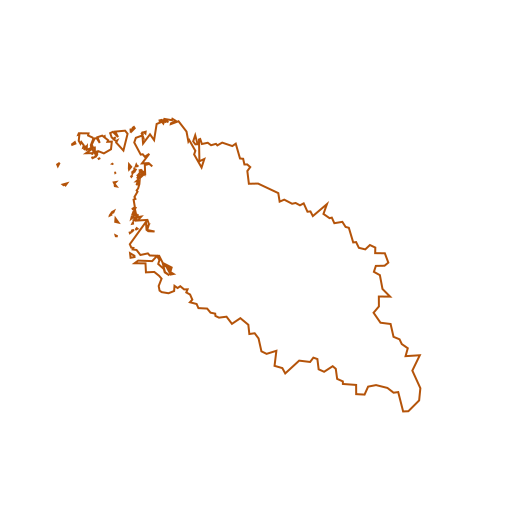 SVG path tracing the border of Krasnoyarsk, rotated 304°
{"feature_id": "RUS-2603", "entity_name": "Krasnoyarsk", "entity_type": "Territory", "adm_level": 1, "iso_a3": "RUS", "parent_name": "Russia", "parent_adm1": "", "projection": "orthographic", "projection_center": [95.961, 66.535], "detail": "fine", "context": "isolated", "style": "outline", "palette": "amber", "viewbox_px": 512, "rotation_deg": 304, "n_neighbors": 0, "source": "natural_earth", "source_scale": "10m", "svg_char_len": 6072}
<svg xmlns="http://www.w3.org/2000/svg" viewBox="0 0 512 512"><g transform="rotate(304 256 256)"><path d="M182.1,159.4L186.3,160.9L193.7,172.8L200.6,173.9L198.7,178.2L194.7,179.4L193.7,186.8L191.4,189.5L191.5,195.0L191.8,189.5L196.7,184.0L197.1,187.7L192.9,195.6L195.0,197.7L194.8,193.9L199.3,192.5L198.1,182.6L202.0,175.6L197.0,167.6L197.7,164.9L192.2,159.6L194.2,153.6L192.5,150.1L194.1,149.8L193.2,147.9L195.2,144.8L222.7,145.7L216.5,150.6L216.3,152.8L219.6,158.2L216.7,151.2L222.5,149.5L225.2,145.8L219.2,138.0L224.5,138.8L222.0,136.1L223.1,135.5L219.2,133.8L221.1,131.3L223.9,134.9L223.4,133.4L226.3,130.3L225.6,129.6L228.0,129.3L225.4,126.9L228.7,128.3L234.3,123.0L235.9,124.1L237.0,122.2L243.1,121.8L243.6,120.4L246.1,120.5L250.4,119.1L252.7,117.8L247.9,117.3L252.1,116.2L251.1,115.0L261.7,117.6L261.0,119.0L269.2,113.0L272.7,116.0L272.3,119.9L273.0,115.1L269.0,109.7L281.0,110.4L276.1,108.3L277.0,105.2L275.6,103.7L282.0,91.6L286.8,90.3L292.4,94.4L286.1,99.5L297.6,100.1L295.1,106.7L309.9,99.8L314.7,103.0L314.0,105.1L317.1,104.4L316.6,106.0L318.2,107.0L317.6,108.6L319.1,104.9L321.6,110.4L323.0,110.0L323.2,114.7L322.9,113.0L320.9,113.2L321.0,112.8L318.4,111.3L317.7,111.6L324.4,116.4L320.3,128.8L313.1,135.9L314.8,135.8L309.3,146.9L305.6,147.9L298.9,161.4L307.5,158.9L302.9,156.1L320.7,143.6L321.8,144.3L318.6,148.5L322.9,152.7L322.7,156.8L326.6,160.1L326.1,162.1L331.1,164.6L333.9,174.9L337.8,176.4L327.9,188.2L329.4,191.0L325.4,195.2L327.0,197.5L326.5,201.5L321.6,201.3L311.9,209.7L317.2,217.2L320.6,239.3L314.3,245.2L318.5,247.9L319.5,256.7L322.1,259.2L322.6,264.1L326.3,266.1L321.5,273.9L323.4,276.2L320.9,280.8L338.7,285.8L328.6,288.4L328.5,295.8L330.2,297.4L327.0,302.6L332.6,308.5L330.2,314.0L331.3,317.2L321.6,329.0L323.5,331.2L320.3,336.7L322.6,342.9L328.8,344.3L329.7,350.2L325.0,353.2L330.3,361.3L324.5,369.4L319.8,368.0L314.8,360.9L308.8,362.6L309.4,369.4L299.4,379.3L297.3,389.9L291.1,380.5L282.9,386.1L274.7,385.2L270.3,396.5L274.9,405.6L265.9,415.2L267.2,421.6L264.5,426.1L264.4,433.4L256.6,436.0L265.3,447.3L248.4,449.7L238.3,466.2L227.5,472.0L212.5,469.1L209.4,464.9L222.7,450.0L219.6,446.5L220.1,438.7L216.1,427.7L210.4,422.0L201.8,423.5L197.5,416.3L205.1,411.1L198.5,399.6L200.6,398.1L199.5,392.0L207.1,385.2L207.5,381.2L198.1,377.2L197.1,371.3L204.9,364.5L203.8,360.4L198.4,360.1L193.4,350.3L175.0,345.9L177.8,340.5L175.3,332.8L188.8,325.9L180.8,319.5L180.0,313.8L189.1,304.2L191.2,298.1L187.6,294.1L194.7,288.1L195.7,277.8L186.3,274.0L189.2,265.5L184.2,259.8L183.6,255.9L185.4,254.4L183.6,250.0L185.1,244.9L180.6,237.4L183.0,233.6L180.7,227.1L184.2,227.6L187.2,222.9L186.8,218.6L190.1,217.9L188.1,215.1L188.6,210.1L185.6,208.9L185.7,205.1L181.2,207.7L176.2,204.3L173.3,198.0L173.4,195.4L176.7,192.1L184.4,190.4L185.4,186.7L185.9,180.6L180.9,173.9L188.1,168.5L182.1,159.4ZM270.2,72.5L263.4,76.1L256.0,72.5L254.7,66.5L253.0,66.7L253.6,64.7L251.8,67.0L250.8,65.2L255.8,61.7L254.6,60.4L256.6,57.5L263.3,56.5L264.6,58.1L262.4,63.2L265.8,58.1L269.8,61.2L269.3,68.7L267.6,69.0L270.2,72.5ZM258.7,40.5L264.0,48.6L262.0,49.4L262.8,54.3L262.2,55.6L255.5,57.1L253.5,59.0L249.3,56.3L252.4,54.4L247.8,54.2L250.9,53.2L249.2,52.1L251.4,51.4L252.8,47.4L250.9,47.7L252.4,44.6L258.2,41.5L257.2,40.8L258.7,40.5ZM286.7,77.4L285.5,81.2L269.3,87.1L271.9,76.6L274.2,76.3L273.1,75.7L273.1,73.1L273.5,72.4L275.1,73.1L275.2,72.9L273.3,72.0L273.7,69.9L276.3,66.4L278.9,67.9L277.5,75.1L280.4,69.7L286.7,77.4ZM246.1,57.6L253.6,60.4L251.5,63.0L248.4,63.3L249.6,62.6L246.1,57.6ZM322.1,138.1L316.0,145.1L314.7,143.3L315.9,139.8L322.1,138.1ZM188.2,155.1L187.2,155.9L184.4,153.0L187.9,150.0L188.2,155.1ZM249.1,42.1L248.2,43.4L245.4,41.5L245.8,41.0L249.1,42.1ZM220.7,40.0L223.4,41.1L219.7,41.5L220.7,40.0ZM210.6,58.7L208.0,58.6L208.2,57.6L207.1,56.9L207.2,55.8L210.6,58.7ZM261.6,113.2L260.5,115.6L256.7,113.9L257.0,112.9L261.6,113.2ZM261.0,99.5L260.1,102.7L256.7,102.4L257.4,101.7L261.0,99.5ZM208.6,118.5L206.8,123.3L205.6,120.2L208.6,118.5ZM294.7,82.6L294.1,84.0L290.8,83.4L293.4,82.1L294.7,82.6ZM237.5,96.9L239.0,98.5L236.8,98.1L237.5,96.9ZM195.5,193.4L198.6,188.4L196.9,192.5L195.5,193.4ZM225.0,129.4L223.5,130.6L224.2,131.8L221.7,130.2L225.0,129.4ZM313.4,101.3L314.5,100.2L316.2,101.8L316.0,103.0L313.4,101.3ZM291.4,80.7L290.0,82.6L289.3,82.4L291.4,80.7ZM207.9,138.9L209.4,140.1L206.2,139.4L207.9,138.9ZM236.4,99.2L235.7,101.5L235.0,99.9L235.5,99.4L236.4,99.2ZM219.3,134.7L220.8,135.9L218.5,136.1L219.3,134.7ZM217.1,134.4L218.5,135.5L216.7,134.8L217.1,134.4ZM213.9,113.1L212.3,113.4L210.4,112.1L211.9,112.1L213.9,113.1ZM296.0,93.9L297.3,95.0L295.7,95.8L296.0,93.9ZM260.1,106.7L260.4,108.0L258.9,108.1L260.1,106.7ZM204.8,138.2L206.0,139.3L204.4,138.7L204.8,138.2ZM262.0,116.6L264.0,115.5L261.8,117.2L262.0,116.6ZM263.1,112.6L263.0,113.6L262.0,114.5L261.8,114.0L262.3,111.9L263.1,112.6ZM194.6,128.0L194.9,130.3L194.0,128.7L194.6,128.0ZM219.4,132.4L217.1,131.7L218.8,131.1L219.4,132.4ZM215.5,135.1L214.1,135.6L214.7,136.6L213.5,135.4L215.5,135.1ZM212.4,141.5L212.3,142.5L210.3,141.4L212.4,141.5ZM255.0,114.0L255.2,114.4L253.7,113.9L255.0,114.0ZM219.9,148.7L220.9,149.4L219.3,149.3L219.9,148.7ZM294.3,92.7L293.7,94.0L293.1,94.0L293.6,92.7L294.3,92.7ZM256.3,106.6L257.0,107.4L255.2,107.5L256.3,106.6ZM269.8,63.1L270.7,63.5L269.7,64.4L269.8,63.1ZM247.8,67.0L249.7,67.0L249.0,67.7L247.8,67.0ZM264.2,106.6L264.8,108.2L263.7,107.0L264.2,106.6ZM208.1,112.1L210.1,113.5L207.8,112.2L208.1,112.1ZM257.3,106.8L258.7,107.0L257.7,107.6L257.3,106.8ZM251.1,67.2L250.5,67.7L250.0,67.2L250.5,66.9L251.1,67.2ZM252.9,85.6L252.1,85.6L252.0,85.3L252.9,85.6ZM255.0,58.6L254.5,59.2L253.9,59.3L254.1,58.7L255.0,58.6ZM319.3,103.2L318.2,103.5L318.1,103.4L319.3,103.2ZM248.7,71.1L250.1,72.1L248.6,71.3L248.7,71.1ZM264.8,105.7L264.3,106.6L263.2,106.1L264.8,105.7ZM246.4,92.7L246.9,93.2L246.2,92.9L246.4,92.7ZM260.6,112.2L261.8,112.0L262.0,112.2L260.6,112.2ZM252.2,108.0L253.7,108.6L252.0,108.4L252.2,108.0ZM246.2,65.2L247.1,66.6L245.3,64.8L246.2,65.2ZM256.1,113.8L256.4,114.7L255.8,114.5L256.1,113.8ZM291.3,96.2L291.4,95.5L291.7,95.7L291.3,96.2Z" fill="none" stroke="#b45309" stroke-width="2"/></g></svg>